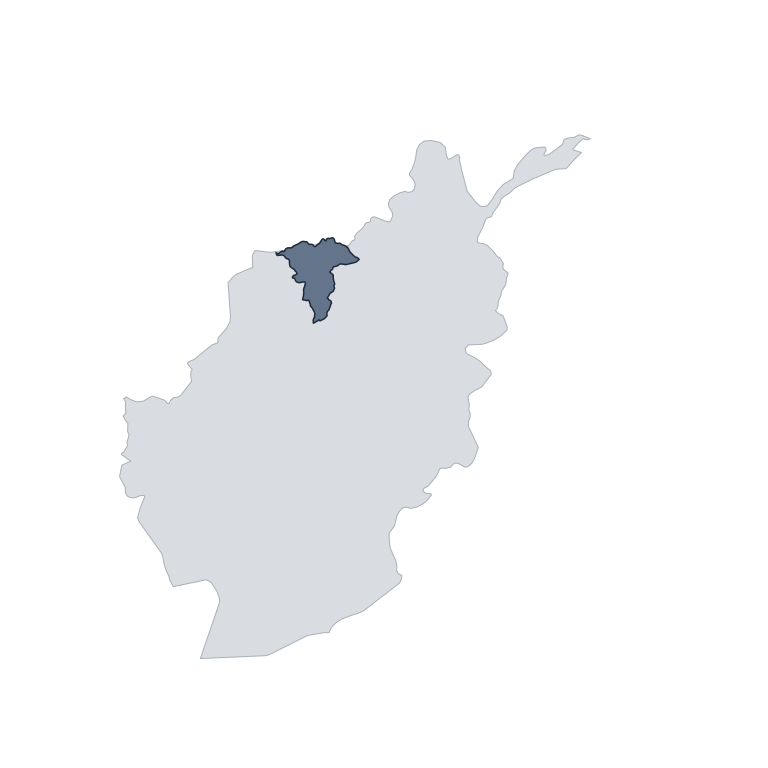 location of Balkh within Afghanistan, rotated 339°
{"feature_id": "AFG-1744", "entity_name": "Balkh", "entity_type": "Province", "adm_level": 1, "iso_a3": "AFG", "parent_name": "Afghanistan", "parent_adm1": "", "projection": "robinson", "projection_center": [66.961, 36.526], "detail": "fine", "context": "in_parent", "style": "filled", "palette": "slate", "viewbox_px": 768, "rotation_deg": 339, "n_neighbors": 0, "source": "natural_earth", "source_scale": "10m", "svg_char_len": 7937}
<svg xmlns="http://www.w3.org/2000/svg" viewBox="0 0 768 768"><g transform="rotate(339 384 384)"><path d="M338.8,223.6L352.6,222.4L361.9,224.1L366.8,228.7L371.6,229.9L376.3,227.7L379.2,227.3L380.4,228.7L382.7,229.3L386.3,229.1L388.4,230.4L388.9,233.2L391.5,236.7L396.3,241.0L400.6,242.1L406.2,238.7L408.0,239.1L409.0,238.0L409.5,235.6L412.9,233.3L419.1,231.2L422.5,229.2L423.8,227.7L425.9,227.2L428.1,227.7L429.8,227.1L431.0,224.9L433.1,224.1L435.0,224.5L443.6,232.3L446.9,234.7L448.4,234.3L452.6,230.0L453.2,226.1L452.0,221.1L452.7,217.0L455.5,213.9L460.6,212.0L468.1,211.2L472.8,211.7L474.5,213.3L476.8,214.2L479.7,214.3L482.4,212.5L484.7,208.7L484.8,203.9L482.6,198.3L483.2,196.5L486.9,193.7L490.9,189.4L494.7,184.0L498.4,177.3L502.9,173.2L508.4,171.6L515.1,173.4L523.0,178.6L526.1,185.0L524.3,192.6L524.2,196.8L525.8,197.6L534.7,196.1L535.9,197.2L535.9,199.3L534.6,202.5L533.2,211.5L530.8,233.8L534.8,247.0L537.4,252.2L540.1,253.9L542.8,254.5L545.4,254.0L550.8,250.7L558.9,244.4L566.7,240.5L578.2,238.4L582.0,231.7L587.2,227.2L599.3,220.6L605.8,218.1L609.6,217.7L618.9,220.2L619.5,222.2L618.9,224.3L616.3,226.1L615.5,227.5L616.6,228.5L620.3,228.9L636.3,224.3L639.8,220.3L643.2,220.2L650.0,221.9L655.3,221.3L658.1,223.0L664.4,228.9L662.5,229.2L659.6,228.1L658.0,226.1L651.6,228.7L644.5,232.4L644.6,233.3L651.2,238.7L637.9,244.6L632.0,247.9L630.5,248.0L621.4,245.0L596.2,245.9L577.1,247.7L569.7,250.7L562.7,252.1L559.2,253.7L556.8,256.9L546.4,263.8L544.5,266.3L538.6,266.1L532.6,272.8L523.8,280.8L522.0,284.5L523.4,286.5L528.2,289.4L530.4,292.1L533.8,299.8L535.3,305.3L537.4,307.7L538.6,314.2L536.6,317.9L536.6,319.8L539.6,324.7L538.9,326.2L536.7,328.5L533.3,334.8L527.1,339.5L524.5,343.6L520.1,348.2L518.3,352.1L516.4,354.2L514.4,355.3L515.0,357.4L516.7,360.0L519.6,362.8L519.6,374.5L518.1,377.8L510.2,381.0L502.6,382.4L493.2,382.5L489.7,382.0L476.7,377.8L472.6,379.8L471.8,385.0L479.2,393.3L482.3,398.0L485.8,405.8L488.3,409.8L487.5,413.5L474.1,421.8L465.6,422.7L460.3,424.1L457.7,426.2L455.9,434.9L454.0,438.2L454.0,442.0L452.3,446.3L449.5,449.1L447.6,453.7L449.3,477.0L441.6,486.3L437.3,489.6L433.2,491.2L429.7,490.6L425.4,485.3L422.4,483.3L419.4,483.7L416.3,485.5L411.4,484.9L407.2,483.0L405.2,483.3L403.9,485.1L399.5,489.1L388.5,495.2L384.1,495.6L382.1,497.2L382.9,499.7L384.9,501.7L388.3,503.1L388.5,504.8L382.9,507.9L377.2,509.9L370.6,510.7L363.9,509.5L360.4,506.8L356.3,506.6L352.5,508.6L348.6,511.8L343.2,520.0L335.4,525.0L333.4,530.2L331.0,539.3L331.7,552.8L330.7,558.8L329.0,562.7L329.3,565.8L332.0,569.3L330.9,571.6L328.7,574.1L326.5,575.6L283.4,588.5L276.4,588.8L272.7,588.3L260.5,588.3L255.5,589.2L250.4,591.0L246.6,593.2L243.7,596.4L238.6,594.6L222.5,591.4L179.0,595.6L174.9,594.8L114.2,574.5L152.4,528.8L153.5,525.0L153.7,517.5L151.6,507.5L147.9,503.0L114.7,497.7L113.7,489.9L114.3,486.5L113.8,479.8L114.0,474.6L115.6,466.1L115.7,462.3L105.9,424.3L106.0,420.6L112.3,411.9L120.3,403.4L119.9,401.8L116.0,400.9L110.0,400.8L106.9,399.5L104.5,397.1L103.6,393.7L105.3,387.6L103.9,375.7L110.2,365.8L119.9,365.2L115.1,357.9L114.1,357.1L113.7,355.9L114.3,354.6L116.7,354.2L122.6,349.5L122.9,346.9L127.8,340.0L127.5,336.9L130.8,328.9L129.2,323.5L129.0,320.5L132.5,318.7L134.9,311.1L136.2,309.2L136.4,307.4L135.7,304.3L138.9,303.8L141.8,307.7L146.5,311.9L149.5,313.0L153.3,313.7L161.9,312.3L163.7,312.5L172.5,319.7L174.0,321.6L174.7,324.4L176.1,325.3L179.2,322.5L182.2,321.5L187.9,322.4L191.0,321.3L205.5,312.4L206.6,306.7L208.1,303.5L210.1,301.6L207.8,295.0L208.6,293.7L210.5,293.1L215.3,293.1L237.2,285.9L242.9,285.9L244.2,285.3L244.6,283.3L246.2,281.2L256.6,275.9L262.6,270.6L264.7,266.5L274.7,233.6L280.0,230.7L285.3,228.6L303.3,228.0L306.7,217.9L308.4,215.5L311.5,213.1L324.8,220.3L338.8,223.6Z" fill="#d9dde1" stroke="#a8b0b8" stroke-width="1"/><path d="M389.4,230.9L389.1,233.9L389.1,234.6L389.6,235.2L390.5,235.8L391.5,236.3L393.2,236.7L393.8,237.3L394.2,238.1L394.8,239.1L395.2,239.4L396.1,239.9L396.5,240.2L397.8,241.8L398.0,242.2L398.2,242.6L398.4,243.0L398.7,243.2L398.9,243.2L398.9,243.3L399.3,245.2L399.4,247.9L399.5,248.3L401.6,253.2L402.6,255.0L402.9,255.3L403.5,255.7L404.3,256.4L404.8,257.1L405.1,257.7L405.4,258.8L402.2,260.0L401.1,260.2L393.4,259.2L391.5,258.9L390.6,258.6L390.1,258.3L389.9,258.1L388.7,257.4L386.5,256.4L385.9,256.2L385.3,256.2L384.7,256.4L383.6,256.8L383.0,257.0L378.6,256.6L378.1,256.8L377.5,258.0L377.1,258.4L375.4,258.9L374.6,259.3L374.2,259.6L373.9,260.0L373.7,260.1L373.7,260.3L373.7,260.5L373.8,260.6L374.4,261.5L375.5,263.6L375.5,263.9L375.5,264.5L374.6,266.9L374.1,269.2L374.0,271.3L373.8,273.0L373.6,273.3L373.3,273.6L372.7,274.1L372.3,274.5L372.2,274.8L372.1,275.0L372.3,275.4L372.3,275.7L372.3,276.0L372.2,276.6L372.1,277.0L371.8,277.3L371.0,278.0L370.3,278.7L370.0,279.1L369.6,279.3L369.1,279.5L367.0,279.8L366.3,280.0L362.6,282.8L361.9,283.5L361.9,283.8L362.0,284.0L362.4,284.3L362.5,284.4L362.5,284.5L362.6,285.2L362.6,285.3L362.7,285.6L363.0,286.0L364.1,287.4L364.2,287.8L364.2,288.2L364.1,289.1L363.9,289.6L363.7,290.0L362.8,290.5L362.5,290.8L362.4,291.1L362.2,291.6L362.1,291.9L361.8,292.1L361.4,292.5L360.8,293.1L359.4,294.8L358.5,295.4L357.1,296.1L356.7,296.5L356.4,296.8L355.8,298.0L355.6,298.4L355.5,298.8L355.5,299.2L355.5,299.7L353.6,300.8L353.0,301.1L352.4,301.3L352.1,301.4L351.8,301.6L351.4,301.7L347.2,302.1L346.9,302.0L346.7,301.9L346.6,301.7L346.4,301.2L346.2,301.0L346.2,300.9L340.6,301.9L340.0,301.9L339.9,301.7L340.7,299.2L341.1,298.5L341.4,298.2L341.7,297.8L342.1,297.5L342.2,297.3L342.8,297.1L343.1,296.9L343.4,295.9L344.5,293.8L344.8,292.9L344.8,292.3L344.8,291.5L344.1,286.9L344.0,286.4L343.4,285.5L343.3,284.9L343.4,284.3L343.4,284.1L343.5,283.9L343.8,283.5L343.8,283.4L343.9,283.2L343.7,282.7L343.7,282.4L343.7,280.6L343.8,280.4L343.9,280.0L343.9,279.8L343.9,279.5L343.8,278.9L343.7,278.7L343.1,278.5L342.1,278.5L341.5,278.4L341.3,278.2L339.7,277.0L338.5,276.4L338.3,276.2L338.4,275.8L338.5,275.6L339.0,275.0L340.2,273.1L340.5,272.7L340.9,272.0L341.0,271.8L341.2,271.2L342.1,269.3L342.2,268.9L342.4,267.9L342.5,267.7L342.6,267.4L343.3,266.2L343.7,265.6L343.9,265.4L344.8,264.6L345.1,264.2L345.5,263.4L346.0,262.9L346.2,262.7L346.7,261.8L346.7,261.6L346.8,261.3L346.8,261.2L346.7,260.7L346.4,260.3L346.2,260.2L345.1,259.8L340.9,259.0L340.0,258.3L339.1,257.4L338.7,256.7L338.5,256.0L338.4,253.5L337.9,253.0L337.5,252.8L336.8,252.3L336.7,251.9L336.7,251.6L337.0,251.1L337.4,250.8L338.7,250.3L338.8,250.2L339.0,250.2L339.2,250.3L340.0,250.6L340.5,250.6L341.4,250.1L341.6,250.0L342.2,249.9L342.4,249.9L342.5,249.6L342.5,249.2L342.2,247.8L342.0,247.3L341.6,246.8L341.5,246.3L341.4,245.9L341.5,245.7L341.5,245.4L341.4,245.1L341.2,244.7L340.2,243.6L339.2,241.9L338.6,241.0L338.4,240.2L338.6,239.1L338.9,237.8L339.7,235.4L339.8,235.2L340.0,234.8L340.0,234.5L339.7,233.7L337.9,231.8L337.4,231.1L337.3,230.9L337.1,230.2L337.1,229.9L337.1,229.7L337.0,229.4L336.9,229.3L336.8,229.0L336.6,228.5L336.4,228.1L336.1,227.8L335.7,227.5L334.4,226.7L334.0,226.6L333.4,226.6L331.0,225.9L330.6,225.8L330.5,225.7L330.4,225.6L330.3,225.4L330.2,225.3L330.2,225.0L330.1,224.7L330.2,223.2L330.3,222.9L330.5,223.1L331.2,223.7L331.9,224.3L333.0,224.3L335.6,223.5L336.6,223.4L336.9,223.6L337.5,224.4L338.0,224.6L338.4,224.6L338.7,224.3L339.3,223.7L340.0,223.1L340.7,222.7L341.4,222.5L342.4,222.4L343.3,222.5L345.9,223.6L346.4,223.6L347.4,223.7L347.8,223.5L348.6,222.9L349.0,222.8L354.0,222.5L357.6,221.7L359.5,221.8L360.2,222.1L361.7,223.2L362.5,223.4L363.0,223.8L363.6,225.8L364.0,226.6L364.8,227.0L366.5,227.7L367.3,228.4L367.7,229.2L367.9,230.0L368.4,230.7L369.3,231.1L370.1,230.9L371.6,230.0L372.6,229.8L373.5,229.7L374.4,229.5L375.1,229.1L375.9,228.5L377.2,227.3L377.9,226.8L378.7,226.6L379.6,227.0L380.3,228.9L380.9,229.5L381.4,229.3L381.7,228.9L381.9,228.4L382.1,228.2L382.5,228.1L383.3,227.9L383.7,227.9L384.2,228.0L385.0,228.6L385.4,228.8L385.9,228.9L387.3,228.8L388.1,229.0L388.8,229.4L389.2,230.0L389.4,230.9Z" fill="#64748b" stroke="#1e293b" stroke-width="1.5"/></g></svg>